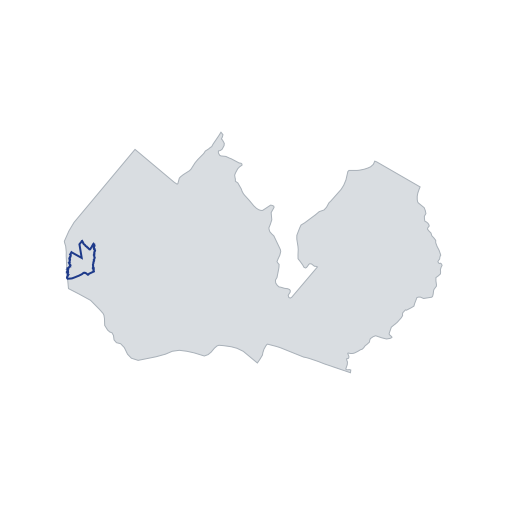 Sioma, Western, Zambia shown in context, rotated 40°
{"feature_id": "96606910B11966717412590", "entity_name": "Sioma", "entity_type": "district", "adm_level": 2, "iso_a3": "ZMB", "parent_name": "Zambia", "parent_adm1": "Western", "projection": "natural_earth1", "projection_center": [23.042, -16.752], "detail": "fine", "context": "in_parent", "style": "outline", "palette": "blue", "viewbox_px": 512, "rotation_deg": 40, "n_neighbors": 0, "source": "geoboundaries", "source_scale": "gbopen_adm2", "svg_char_len": 7481}
<svg xmlns="http://www.w3.org/2000/svg" viewBox="0 0 512 512"><g transform="rotate(40 256 256)"><path d="M325.8,337.1L307.5,337.2L300.8,338.9L295.4,341.4L288.8,345.5L285.0,348.2L284.0,349.8L283.4,353.2L283.4,358.5L282.7,362.3L280.7,365.8L270.8,370.0L264.3,373.4L257.9,377.5L253.1,382.8L249.8,389.3L244.3,397.3L232.8,411.7L226.2,414.4L220.7,413.8L214.0,410.8L208.7,410.2L204.8,412.1L201.2,411.5L197.9,408.5L195.1,407.4L192.8,408.2L189.9,408.1L184.7,406.4L180.1,401.3L177.7,399.2L175.8,398.3L170.3,397.5L157.8,396.3L144.8,398.9L133.3,401.5L121.7,390.0L110.5,377.9L108.1,374.9L103.9,370.8L100.9,368.9L99.7,367.9L96.6,357.1L95.0,347.2L94.8,252.1L146.1,252.1L149.4,251.7L149.6,250.7L147.2,245.6L147.3,243.8L148.0,240.4L150.2,233.5L150.4,231.2L149.4,223.7L149.4,219.5L150.1,211.1L149.7,208.2L150.9,204.4L151.3,201.9L151.8,200.8L151.2,197.9L150.2,187.9L149.6,183.7L152.7,184.3L153.7,186.4L154.3,188.6L155.7,188.7L159.3,190.1L160.6,192.0L161.4,196.0L160.9,198.0L159.7,199.7L160.9,201.2L163.4,202.2L164.8,201.9L168.9,199.1L172.7,198.1L174.7,197.4L183.2,195.6L184.9,194.6L186.1,194.6L186.9,195.4L186.1,198.2L185.9,200.8L186.9,205.6L187.7,207.8L189.5,209.4L190.7,210.3L192.2,212.0L195.1,211.7L201.6,214.1L203.6,215.3L206.3,216.4L208.3,216.8L215.0,217.7L222.0,219.0L225.7,219.2L228.3,218.8L230.1,218.1L231.3,217.3L231.8,216.7L234.5,207.6L235.8,206.9L237.6,206.4L238.6,207.2L239.7,213.0L244.8,218.1L246.6,222.5L247.8,226.2L248.9,227.2L250.9,228.5L254.0,229.0L256.7,229.1L270.5,235.4L272.0,236.6L273.7,240.0L274.7,243.8L275.7,246.8L277.5,247.4L279.1,247.6L280.7,249.7L281.8,251.5L285.9,259.0L286.4,262.0L288.4,264.0L291.1,264.8L293.5,264.9L295.0,264.0L298.5,262.5L301.3,260.7L303.3,260.1L304.5,260.5L305.4,261.7L305.9,265.4L307.9,266.7L309.3,266.2L309.9,264.7L309.9,264.0L310.1,224.9L308.9,225.2L307.3,226.3L303.7,226.4L302.2,227.3L301.8,228.5L302.0,230.1L302.1,232.3L301.6,233.4L300.0,233.8L297.7,232.9L293.5,231.8L290.0,231.1L287.5,228.2L284.1,223.8L281.9,221.6L276.6,217.0L275.7,216.0L274.0,213.9L272.7,210.2L271.3,206.0L270.6,203.3L272.0,199.2L275.2,185.6L275.9,181.4L278.5,177.1L278.7,173.3L277.7,168.4L278.0,165.7L278.4,150.2L277.7,145.3L276.0,139.9L272.1,132.3L272.2,130.7L278.1,125.8L279.9,124.0L283.1,120.0L285.2,116.6L286.5,113.9L287.0,110.3L286.0,107.0L288.1,106.3L337.3,97.6L338.0,99.9L339.5,103.8L341.1,106.6L343.2,109.1L345.0,110.6L346.2,111.0L353.8,110.9L356.5,112.4L358.9,114.3L359.4,117.3L361.0,119.1L362.7,120.6L363.4,120.8L364.6,120.4L366.7,120.4L368.5,121.0L369.4,121.7L369.5,124.1L370.1,125.2L372.6,125.7L375.2,125.9L377.7,127.5L380.5,127.8L383.6,128.5L385.1,130.3L388.4,132.2L392.5,133.9L397.0,136.6L397.1,137.5L397.8,139.1L398.6,140.2L398.7,141.9L399.0,143.5L400.2,143.9L401.2,144.0L402.0,142.9L403.3,142.9L404.6,143.6L405.0,145.5L406.0,147.9L407.7,149.6L408.8,151.2L408.4,154.2L407.7,156.9L409.9,159.5L412.8,162.1L413.6,163.2L413.8,166.9L414.2,168.2L416.2,171.3L417.2,173.4L417.1,174.6L411.7,180.8L408.4,181.8L406.9,183.0L406.0,184.4L408.1,190.5L409.2,192.9L408.2,195.8L406.1,200.8L405.1,201.2L404.9,205.0L405.5,206.3L406.6,207.4L407.0,210.0L406.8,216.3L405.4,223.5L407.8,229.8L408.6,230.5L411.9,230.6L412.5,231.1L411.7,232.9L409.3,235.7L405.0,237.8L398.9,240.2L397.6,242.5L396.7,245.8L397.4,247.7L398.2,248.9L397.9,251.7L397.3,254.8L397.5,257.2L397.2,259.3L396.4,260.4L395.3,263.6L393.9,266.8L392.9,268.3L391.3,269.8L388.9,271.1L388.9,271.7L391.7,273.2L392.4,274.2L392.6,274.9L391.5,276.6L392.7,277.6L394.2,278.4L395.7,280.5L397.3,284.6L397.6,285.0L398.1,285.0L399.0,284.6L400.7,282.9L401.9,282.4L403.4,284.7L377.7,294.7L371.7,296.7L362.7,300.2L359.8,301.5L357.5,302.8L333.6,310.6L329.9,312.1L321.5,316.1L321.2,316.8L321.3,318.6L322.0,322.3L323.4,325.7L324.6,327.7L325.4,332.7L325.8,337.1Z" fill="#d9dde1" stroke="#a8b0b8" stroke-width="1"/><path d="M123.8,351.2L123.8,351.3L123.6,351.8L123.9,352.6L124.0,353.3L124.0,353.6L124.3,354.6L124.4,356.1L124.7,357.4L124.6,357.5L124.3,357.9L124.1,358.0L123.7,357.9L123.0,357.9L122.6,357.9L122.1,357.7L121.7,357.7L121.2,357.9L120.8,357.8L120.4,357.6L120.2,357.7L119.9,357.7L119.2,357.9L118.3,357.6L117.9,357.5L117.4,357.5L116.9,357.6L116.1,357.5L115.7,357.4L115.6,357.2L115.2,357.0L114.8,357.0L114.7,356.8L114.3,356.6L114.0,356.5L113.9,356.6L113.6,356.5L113.1,356.2L113.0,356.4L113.1,356.5L113.2,360.5L123.7,369.5L122.2,369.8L112.4,371.7L112.2,371.7L112.6,374.1L112.9,374.0L113.0,374.1L113.4,374.2L113.6,374.5L113.7,374.8L113.8,374.8L114.0,375.0L113.9,375.2L114.0,375.3L114.0,375.5L114.1,375.8L114.2,376.0L114.3,376.4L114.2,376.5L114.3,376.7L114.5,376.7L114.5,376.8L114.5,377.0L114.4,377.2L114.5,377.3L114.6,377.6L114.6,377.9L114.8,378.1L115.2,378.1L115.3,378.2L115.5,378.0L115.8,378.3L115.8,378.5L116.0,378.5L116.2,378.9L116.0,379.0L116.2,379.3L116.3,379.4L116.5,379.7L116.6,379.8L116.7,380.0L116.8,380.1L116.8,380.3L117.0,380.6L117.1,380.8L117.1,381.0L117.3,381.0L117.2,381.3L117.3,381.3L117.3,381.5L117.5,381.6L117.8,381.8L118.0,381.9L118.3,381.9L118.4,382.0L118.5,382.0L118.8,382.2L119.0,382.3L119.3,382.2L119.4,382.4L119.5,382.4L119.6,382.5L119.8,382.5L119.8,382.8L120.0,382.9L120.1,383.1L120.0,383.3L120.3,383.5L120.2,383.6L120.2,383.8L120.1,384.0L120.0,384.4L120.1,384.6L120.1,384.8L119.9,385.1L119.9,385.3L120.0,385.3L120.1,385.5L120.0,385.8L119.9,385.8L119.8,386.0L119.7,386.2L120.0,386.2L120.2,386.3L120.3,386.4L120.4,386.5L120.3,386.8L120.5,386.7L120.6,386.8L120.7,387.0L120.8,387.1L120.8,387.4L120.9,387.6L121.0,387.7L121.0,387.8L121.0,388.1L121.3,388.1L121.4,388.3L121.4,388.5L121.5,388.4L121.6,388.5L121.8,388.5L122.0,388.7L122.0,388.9L122.1,389.0L122.1,389.3L122.2,389.2L122.3,389.3L122.6,389.5L122.8,389.6L122.8,389.8L122.8,390.3L123.0,390.6L123.4,390.7L123.5,391.0L123.8,391.4L124.1,391.5L124.3,392.1L124.5,391.8L124.8,393.2L125.2,394.2L125.4,394.3L126.3,394.5L128.3,392.6L128.6,392.3L129.0,391.9L129.5,391.3L130.4,389.7L130.8,389.0L131.4,387.9L132.0,386.7L132.3,386.2L132.9,385.1L133.1,384.7L133.4,383.9L133.8,383.1L134.4,381.6L134.7,379.8L135.1,379.5L135.2,379.2L135.6,378.9L135.9,378.9L136.1,378.7L136.3,378.7L136.6,378.5L138.6,378.4L139.1,378.5L139.4,378.3L139.5,378.1L139.5,376.9L141.8,372.0L141.6,371.8L141.4,371.8L141.1,371.6L140.7,371.5L140.5,371.3L140.5,371.1L140.4,370.7L140.1,370.2L139.3,370.4L139.2,370.2L138.9,370.3L138.7,370.1L138.7,369.9L138.6,369.7L138.9,369.7L139.0,369.6L139.0,369.4L138.8,369.4L138.3,369.2L138.1,369.0L138.0,368.7L137.6,368.2L137.2,368.0L136.6,367.4L136.4,366.9L136.3,366.4L136.1,366.1L136.0,365.9L135.8,365.8L135.5,365.4L135.5,365.1L135.4,364.7L135.2,364.6L135.2,364.4L135.1,364.0L135.0,363.8L135.0,363.7L134.4,363.5L134.2,363.3L134.2,363.0L134.2,362.8L134.2,362.7L134.0,362.1L133.9,361.9L133.8,361.5L133.7,361.4L133.5,361.2L133.5,360.9L133.4,360.8L133.1,360.9L132.5,360.4L132.2,360.2L132.0,359.9L131.8,359.6L131.7,359.5L131.4,359.6L131.1,359.5L131.0,359.2L131.0,358.9L130.9,358.7L130.9,358.3L130.9,358.2L130.7,358.1L130.3,358.0L129.8,357.2L129.7,356.9L129.7,356.6L129.4,356.4L129.4,356.1L129.4,355.8L129.4,355.6L129.3,355.4L129.2,355.4L129.1,355.5L128.9,355.2L128.7,355.2L128.5,354.9L128.4,354.8L128.3,354.7L128.1,354.6L128.0,354.4L127.7,354.4L127.4,354.4L127.2,354.4L127.1,354.5L126.9,354.3L126.7,354.3L126.6,354.2L126.6,353.9L126.5,353.7L126.5,353.8L126.4,353.7L126.5,353.7L126.4,353.6L126.3,353.4L126.2,353.2L125.9,353.0L125.9,352.9L125.8,352.7L125.8,352.4L125.8,352.2L125.7,352.2L125.5,351.9L125.3,351.9L125.1,351.9L125.0,351.6L124.9,351.5L124.8,351.4L124.7,351.2L124.5,351.3L124.2,351.2L124.0,351.3L123.8,351.2Z" fill="none" stroke="#1e3a8a" stroke-width="2"/></g></svg>